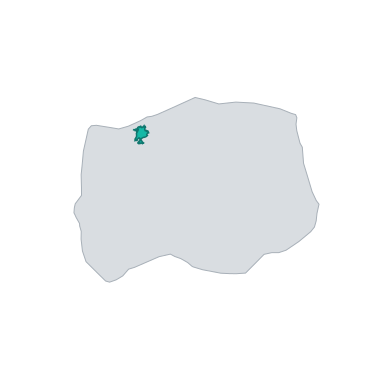 location of Thota-ea-Moli, Maseru, Lesotho, rotated 34°
{"feature_id": "5366337B11591763594047", "entity_name": "Thota-ea-Moli", "entity_type": "district", "adm_level": 2, "iso_a3": "LSO", "parent_name": "Lesotho", "parent_adm1": "Maseru", "projection": "orthographic", "projection_center": [27.504, -29.453], "detail": "fine", "context": "in_parent", "style": "filled", "palette": "teal", "viewbox_px": 384, "rotation_deg": 34, "n_neighbors": 0, "source": "geoboundaries", "source_scale": "gbopen_adm2", "svg_char_len": 4964}
<svg xmlns="http://www.w3.org/2000/svg" viewBox="0 0 384 384"><g transform="rotate(34 192 192)"><path d="M244.3,250.5L235.0,253.4L233.7,253.6L227.8,252.9L219.9,253.5L213.7,255.1L208.8,255.6L200.9,264.0L186.5,286.6L182.6,291.4L181.5,300.3L178.2,307.3L174.1,312.8L170.2,314.1L158.3,311.9L143.1,309.0L134.2,302.2L126.4,293.1L122.2,286.6L117.9,283.0L116.4,281.0L110.2,277.9L107.8,276.4L105.8,275.3L103.3,270.9L101.8,267.1L102.3,256.6L98.0,250.3L90.4,239.6L85.7,230.8L79.1,218.8L75.1,208.6L70.9,197.9L71.5,193.4L75.4,190.2L87.0,184.8L96.0,180.7L102.4,173.1L109.4,161.7L112.8,154.9L116.3,151.8L120.0,147.0L126.6,136.4L133.9,124.6L141.7,111.9L151.5,108.2L165.0,104.0L178.0,93.0L193.5,83.7L218.5,73.8L230.2,71.3L234.6,69.9L237.4,71.8L240.3,77.6L244.5,82.5L254.2,91.1L258.4,93.2L268.4,105.8L279.1,114.5L291.4,124.6L299.8,129.6L304.1,131.1L307.6,139.9L311.1,146.5L313.1,152.6L312.6,158.5L308.4,173.0L302.5,187.7L297.8,193.8L292.1,197.6L286.6,203.4L284.4,215.3L281.7,229.3L274.5,234.9L268.9,238.6L261.3,243.2L244.3,250.5Z" fill="#d9dde1" stroke="#a8b0b8" stroke-width="1"/><path d="M124.5,178.4L124.3,178.4L124.2,178.5L123.9,178.5L123.5,178.4L123.3,178.4L123.2,178.4L123.0,178.2L122.8,178.2L122.0,177.9L121.8,177.8L121.4,177.6L121.2,177.6L120.9,177.3L120.5,177.2L120.3,177.0L120.1,176.9L120.0,176.3L120.2,175.8L120.5,175.2L121.0,174.1L121.3,173.8L121.6,173.5L121.8,173.4L122.1,173.1L122.3,172.8L122.5,172.5L123.0,171.7L123.4,170.2L123.1,170.2L122.8,170.0L122.8,169.9L122.6,169.8L122.4,169.8L122.3,169.7L122.3,169.4L122.3,169.2L122.3,168.8L122.3,168.7L122.4,168.4L122.5,168.2L122.4,168.1L122.5,168.0L122.5,167.9L122.4,167.8L122.5,167.7L122.4,167.5L122.5,167.4L122.4,167.4L122.3,167.2L122.4,166.9L122.4,166.7L122.2,166.6L121.9,166.8L121.7,166.7L121.5,166.3L121.3,166.1L121.1,166.1L120.9,166.4L120.8,166.5L120.7,166.5L120.7,166.8L120.5,167.0L120.4,167.1L120.1,166.7L119.9,166.5L119.7,166.5L119.4,166.7L119.4,166.8L119.5,166.9L119.5,167.0L119.4,167.0L119.2,167.1L118.9,167.3L118.7,167.1L118.6,166.9L118.4,166.8L118.0,166.8L117.9,166.8L117.8,166.7L117.7,166.3L117.5,166.0L117.1,165.7L117.0,165.3L117.1,165.2L117.2,164.9L117.3,164.9L117.4,164.7L117.3,164.3L117.1,164.2L116.9,164.2L116.7,164.2L116.5,163.8L116.4,163.8L116.5,164.2L116.4,164.2L116.4,164.3L116.1,164.2L116.0,164.4L115.9,164.6L115.8,164.8L115.6,164.6L115.4,164.3L115.3,164.2L115.2,164.1L115.2,164.4L115.2,164.5L115.2,164.9L114.9,165.1L114.9,165.3L115.0,165.3L115.0,165.7L114.8,165.9L114.8,166.2L114.6,166.4L114.4,166.7L114.1,166.6L113.7,166.8L113.4,166.7L113.3,166.4L113.2,166.3L112.9,166.5L112.8,166.4L112.6,166.2L112.5,166.3L112.5,166.6L112.4,166.7L112.5,167.0L112.4,167.1L112.4,167.3L112.4,167.5L112.0,167.5L111.6,167.6L111.5,167.8L111.4,167.9L111.3,168.0L111.2,168.1L111.0,168.9L111.0,169.0L111.1,169.4L111.1,169.6L111.0,170.0L110.9,170.2L110.9,170.4L111.1,170.4L111.2,170.6L111.5,170.8L111.8,170.8L112.0,170.8L112.1,170.7L112.2,170.3L112.2,170.1L112.3,170.0L112.4,170.3L112.5,170.4L112.7,170.5L112.6,170.8L112.4,171.0L112.2,171.2L112.2,171.3L111.9,171.4L111.8,171.6L111.7,171.7L111.1,171.7L111.0,171.8L110.8,172.0L110.7,172.1L110.4,172.2L110.2,172.2L110.2,172.3L110.1,172.2L110.1,172.4L109.9,172.4L109.8,172.5L109.7,172.5L109.4,172.7L109.2,172.6L108.9,172.8L108.9,173.1L109.0,173.1L109.4,173.0L109.5,172.9L109.8,172.6L110.0,172.5L110.2,172.4L110.3,172.4L110.5,172.3L110.6,172.2L110.8,172.2L111.0,172.2L111.0,172.3L111.3,172.2L111.6,172.2L111.8,172.3L112.1,172.6L112.1,172.8L112.3,172.8L112.3,172.7L112.5,172.6L112.7,172.9L112.8,173.1L112.9,172.8L112.9,172.7L113.0,172.5L113.1,173.1L112.9,173.3L112.9,173.6L113.0,173.7L113.0,173.9L113.1,174.1L113.2,174.4L113.2,174.6L113.4,174.8L113.7,174.9L113.8,175.1L113.8,175.3L114.1,175.7L114.4,176.0L114.6,176.4L114.7,176.5L114.8,176.8L115.1,177.1L115.1,177.3L115.1,177.9L115.1,178.0L115.1,178.3L115.2,178.7L115.2,178.9L115.4,178.9L115.5,179.0L115.4,179.1L115.4,179.4L115.3,179.6L115.3,179.8L115.2,179.9L115.3,180.1L115.4,179.9L115.6,179.9L115.8,179.8L116.0,179.9L116.2,180.1L116.4,180.5L116.3,180.8L116.3,181.0L116.4,180.9L116.7,180.7L116.8,180.5L117.0,180.4L117.5,180.1L117.6,179.9L117.6,179.7L117.5,179.4L117.4,179.3L117.4,179.1L117.3,178.9L117.3,178.7L117.4,177.8L117.4,177.6L117.5,177.5L117.5,177.2L118.0,176.7L118.3,176.6L118.6,176.7L118.8,176.9L118.9,177.0L119.0,177.0L119.3,177.1L119.3,177.4L119.4,177.5L119.5,177.5L119.7,177.9L119.8,178.0L119.9,178.3L120.0,178.3L120.2,178.5L120.2,178.8L119.9,179.2L119.7,179.4L119.6,179.5L119.7,179.9L119.8,180.1L119.6,180.9L119.5,181.1L120.1,181.5L120.1,181.8L120.3,181.8L120.5,181.8L120.6,181.7L120.8,181.6L121.0,181.6L121.2,181.3L121.2,181.2L121.3,181.2L121.3,180.9L121.4,181.0L121.5,181.1L121.4,181.0L121.6,180.9L121.8,180.8L121.9,180.7L122.0,180.7L122.1,180.4L122.2,180.2L122.4,180.0L122.5,180.0L122.6,179.9L122.7,179.7L122.9,179.7L123.0,179.4L123.2,179.5L123.3,179.6L123.5,179.7L123.8,179.7L123.9,179.1L124.0,179.1L124.2,178.8L124.3,178.8L124.5,178.7L124.5,178.4Z" fill="#14b8a6" stroke="#0f766e" stroke-width="1.5"/></g></svg>